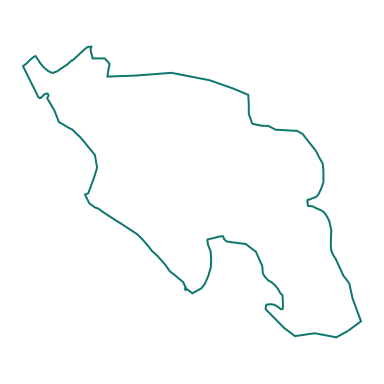 the district of Ash Sha'ir, Ibb, Yemen
{"feature_id": "15242507B78459135139999", "entity_name": "Ash Sha'ir", "entity_type": "district", "adm_level": 2, "iso_a3": "YEM", "parent_name": "Yemen", "parent_adm1": "Ibb", "projection": "natural_earth1", "projection_center": [44.362, 14.033], "detail": "fine", "context": "isolated", "style": "outline", "palette": "teal", "viewbox_px": 384, "rotation_deg": 0, "n_neighbors": 0, "source": "geoboundaries", "source_scale": "gbopen_adm2", "svg_char_len": 3045}
<svg xmlns="http://www.w3.org/2000/svg" viewBox="0 0 384 384"><path d="M248.1,94.8L233.1,88.5L219.4,83.7L214.4,81.9L209.8,80.3L182.6,75.0L171.4,72.8L146.1,74.8L141.0,75.1L136.9,75.5L124.5,76.0L117.5,76.2L115.8,76.3L107.4,76.6L108.5,69.2L109.6,64.1L107.8,61.7L104.6,58.4L99.1,58.4L94.7,58.4L92.7,58.5L90.5,50.1L91.3,46.7L87.7,46.9L85.4,48.6L72.6,60.4L71.8,60.4L67.4,64.3L63.0,67.4L62.7,67.4L57.3,71.3L55.1,72.0L53.2,72.9L50.8,72.4L48.1,71.0L45.1,68.5L43.8,67.4L40.2,63.1L35.6,56.1L34.6,56.5L34.0,56.7L32.6,57.8L30.7,59.3L26.2,63.8L25.2,64.4L23.0,66.2L38.3,97.0L39.8,98.2L40.4,98.1L41.3,97.2L41.7,97.1L42.1,96.8L42.9,95.9L43.5,95.1L44.3,94.4L45.1,94.0L46.2,93.7L46.5,93.6L47.2,93.6L47.8,93.9L48.4,95.0L48.5,95.7L48.1,96.6L47.5,97.3L47.3,97.9L47.2,98.3L54.5,110.6L55.2,112.5L58.9,122.1L61.4,123.4L65.9,126.1L68.7,127.8L72.5,129.7L76.3,133.6L79.4,136.4L80.9,137.9L83.0,140.4L83.4,140.9L86.5,144.7L92.6,152.2L94.8,154.9L94.9,155.0L97.1,167.7L94.4,176.6L90.6,187.0L90.5,187.4L89.7,189.4L88.3,193.2L85.0,194.6L89.3,203.3L94.9,207.4L98.6,208.7L102.2,211.5L108.4,215.6L117.6,221.5L119.2,222.5L119.6,222.7L121.0,223.6L137.3,234.3L141.8,238.7L146.8,244.4L147.3,245.0L149.2,247.4L152.4,251.4L157.4,255.8L157.5,255.9L158.0,256.5L159.8,258.6L162.4,261.5L165.2,264.7L167.9,268.5L168.9,270.0L169.5,270.9L169.6,271.0L177.8,277.6L180.3,279.7L181.1,280.4L183.3,282.3L185.4,287.1L185.3,287.5L185.9,288.0L184.9,289.0L185.6,290.0L187.2,289.4L192.4,293.3L201.4,288.3L204.8,283.9L207.4,278.0L208.2,276.2L210.8,267.2L211.2,259.5L211.2,259.4L210.6,250.9L209.3,248.2L208.0,244.7L207.5,241.7L207.4,239.6L220.1,236.4L223.1,236.3L224.2,239.3L226.5,241.4L227.2,241.5L228.4,241.7L229.1,241.8L232.1,242.3L233.5,242.4L234.6,242.6L241.7,243.5L245.6,243.9L252.0,248.8L254.1,250.4L255.8,251.6L262.1,265.6L262.2,265.8L262.7,271.3L262.8,273.3L265.2,277.2L268.6,280.7L271.4,282.1L275.1,285.4L278.1,289.0L279.9,292.5L281.2,294.1L282.5,295.2L282.6,296.6L282.9,304.9L283.0,306.3L282.6,309.0L281.6,309.4L280.5,309.0L279.5,308.1L277.3,306.5L274.6,304.9L271.3,304.2L266.6,304.6L265.8,306.2L265.7,309.3L284.1,327.9L293.3,334.9L294.9,336.1L302.1,335.1L303.9,334.8L309.5,334.0L310.2,333.9L314.8,333.3L320.7,334.4L321.9,334.6L336.3,337.3L347.8,331.0L361.0,321.3L354.6,304.0L352.6,298.5L349.2,283.2L343.4,275.7L335.5,258.5L334.1,256.6L331.3,250.9L330.8,245.8L330.9,242.2L331.2,232.6L331.3,230.5L329.1,220.4L328.6,219.7L327.5,217.5L326.5,215.7L323.7,212.0L321.7,210.7L320.4,210.0L315.9,208.1L312.9,206.4L308.5,205.9L307.9,205.8L307.6,203.1L307.5,202.4L307.3,200.7L307.7,199.9L307.9,200.1L313.5,197.9L316.2,196.9L318.4,194.4L320.3,190.5L320.4,190.4L320.9,189.4L321.2,188.6L321.3,188.4L322.7,184.4L323.4,182.3L323.4,178.5L323.4,174.5L323.4,170.8L322.8,163.8L322.3,162.9L318.9,156.9L316.1,151.2L315.8,150.8L311.6,145.4L311.1,144.8L306.6,139.1L302.7,134.0L298.6,131.7L297.2,130.9L275.5,129.7L272.0,127.8L271.6,127.6L268.3,125.9L262.7,125.9L253.2,124.0L252.1,123.3L251.7,122.2L248.8,113.9L248.8,109.4L248.8,108.5L248.7,101.8L248.2,94.8L248.1,94.8Z" fill="none" stroke="#0f766e" stroke-width="2"/></svg>